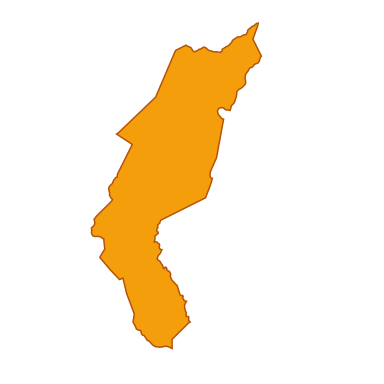 Jacobina, Bahia, Brazil, rotated 75°
{"feature_id": "56859067B82313605605441", "entity_name": "Jacobina", "entity_type": "district", "adm_level": 2, "iso_a3": "BRA", "parent_name": "Brazil", "parent_adm1": "Bahia", "projection": "albers", "projection_center": [-40.536, -11.082], "detail": "fine", "context": "isolated", "style": "filled", "palette": "amber", "viewbox_px": 384, "rotation_deg": 75, "n_neighbors": 0, "source": "geoboundaries", "source_scale": "gbopen_adm2", "svg_char_len": 4372}
<svg xmlns="http://www.w3.org/2000/svg" viewBox="0 0 384 384"><g transform="rotate(75 192 192)"><path d="M201.1,180.4L196.6,177.2L190.8,172.9L184.2,168.8L183.2,169.9L182.2,170.5L180.8,170.3L179.4,169.9L178.4,169.6L176.5,168.5L165.5,159.6L163.2,158.4L155.8,155.0L129.8,142.6L129.1,143.8L128.3,144.5L127.3,144.8L125.9,145.6L124.2,146.4L122.8,146.5L121.5,146.6L120.4,146.4L119.4,145.7L118.6,145.0L118.1,144.0L118.0,142.8L118.3,141.1L119.1,139.7L120.5,138.9L121.6,137.8L121.8,136.3L122.5,135.4L123.1,134.1L121.9,133.3L120.6,132.6L119.1,131.7L118.4,130.8L117.8,129.7L117.1,128.6L116.2,127.7L115.0,126.9L114.0,126.3L112.8,125.4L111.9,124.9L110.5,124.1L109.0,123.5L107.6,123.1L106.6,122.6L105.8,121.6L105.0,120.1L104.8,118.5L104.2,117.2L103.5,115.5L102.7,114.3L102.0,113.2L101.3,112.4L100.2,111.8L98.5,111.5L96.3,111.4L94.6,110.9L92.8,110.0L91.6,109.0L90.8,108.1L90.1,107.1L89.3,106.1L88.3,105.3L87.4,104.4L87.1,103.0L87.0,101.7L86.3,100.4L85.2,99.1L84.7,97.7L84.7,96.2L84.3,94.6L83.6,93.7L82.5,92.8L81.2,92.2L80.1,91.4L78.7,89.8L60.1,93.6L48.9,85.8L46.0,84.3L45.9,85.8L46.3,87.0L47.2,88.6L47.5,89.9L47.7,91.3L48.3,92.6L49.0,93.8L49.5,95.3L50.3,96.4L51.7,96.9L52.5,97.7L53.8,99.0L53.8,100.6L53.6,101.7L54.0,102.9L54.4,104.1L54.6,105.2L54.3,106.5L54.0,107.8L54.5,108.9L54.8,110.4L55.5,112.3L56.1,113.7L57.0,114.3L57.8,115.2L58.5,116.4L59.2,117.2L59.7,118.4L60.4,119.7L60.5,121.7L61.1,123.0L61.5,124.3L61.9,125.8L62.9,126.3L64.0,126.8L64.0,127.8L64.5,128.8L63.5,130.6L62.7,132.5L62.5,134.2L61.8,135.2L61.0,136.4L60.6,137.4L59.7,138.8L58.5,140.0L57.4,140.6L56.2,141.4L55.3,142.6L55.1,143.8L55.7,145.0L56.0,146.2L56.0,148.1L56.5,149.7L57.0,150.7L56.9,152.0L57.2,153.3L56.7,154.2L55.4,154.7L54.1,155.1L52.9,155.4L51.9,156.1L50.9,157.4L50.2,158.4L48.6,159.8L51.0,171.2L51.8,171.9L53.2,173.0L91.0,202.6L92.4,205.2L112.1,241.1L115.5,247.2L116.5,249.9L120.2,246.6L130.6,237.4L141.8,247.3L143.4,248.7L148.9,253.6L154.9,258.9L156.5,259.9L158.2,260.3L158.2,261.7L159.0,262.7L159.6,263.7L160.5,264.8L161.6,265.6L163.1,266.7L163.7,267.7L164.4,269.1L165.1,270.1L166.0,271.0L167.1,271.6L168.4,271.7L170.3,271.9L172.0,271.8L173.6,272.6L175.1,272.2L176.6,271.9L177.6,271.6L178.5,270.7L179.7,271.6L180.6,273.1L181.5,274.6L189.2,288.1L190.6,290.5L193.1,293.7L194.5,293.7L195.8,293.7L197.1,294.0L198.3,294.7L199.2,295.7L199.9,297.0L200.5,298.4L201.9,298.6L203.0,298.8L204.0,299.1L205.4,299.7L207.0,299.6L208.4,299.2L209.4,298.3L209.9,297.2L210.1,296.0L210.5,294.5L211.0,293.2L211.8,291.9L212.9,291.0L213.7,290.4L214.3,289.4L224.5,291.0L229.1,295.8L230.6,297.4L231.5,297.9L234.3,296.6L244.7,291.7L245.6,291.3L257.8,284.7L257.6,282.8L257.2,281.0L273.4,281.4L285.5,280.2L294.8,279.3L296.2,279.9L302.3,282.6L307.1,281.5L308.6,281.3L310.0,281.2L311.0,280.0L312.0,278.8L312.4,277.6L313.6,277.1L314.7,277.6L315.7,277.5L317.4,276.9L318.1,275.6L319.1,275.1L320.6,274.6L322.2,274.1L323.7,273.7L324.5,272.5L325.3,271.6L326.4,271.2L327.5,270.7L328.4,270.2L329.4,269.7L330.5,268.9L331.3,268.0L331.9,267.2L332.4,266.3L332.6,265.3L333.3,264.1L333.7,262.8L333.6,261.7L334.0,260.7L334.0,259.6L334.0,258.0L334.5,256.2L335.5,254.7L336.3,253.6L337.2,252.8L338.1,251.7L329.1,249.4L328.3,247.9L317.4,228.8L317.2,227.4L316.2,227.8L315.3,228.6L313.7,228.0L311.9,227.5L311.1,228.1L310.9,229.6L309.9,229.7L308.7,229.3L307.4,228.8L305.9,229.0L304.7,229.1L303.2,229.1L302.0,229.0L301.0,228.8L299.6,228.6L298.2,227.5L297.0,226.4L296.1,225.6L295.7,226.7L294.8,227.8L293.4,227.8L292.5,228.3L291.5,228.5L290.7,227.6L289.5,227.8L289.1,229.4L288.4,230.1L278.4,230.6L277.4,231.2L276.2,232.2L275.0,232.3L274.3,233.2L272.9,233.6L271.5,234.3L270.4,234.5L268.9,234.8L267.4,234.6L265.8,233.8L264.3,234.1L263.0,234.3L262.1,235.3L260.9,236.6L259.6,236.2L258.6,236.3L257.6,237.0L258.0,238.0L258.9,238.7L258.0,239.5L256.5,239.4L255.2,239.4L254.1,239.9L252.8,240.4L251.5,240.5L250.4,241.2L249.1,242.0L248.5,242.8L247.4,242.9L246.1,242.0L244.7,241.0L243.8,239.6L243.1,238.7L242.5,237.9L241.2,237.2L239.9,236.0L239.4,236.9L238.6,237.9L237.4,238.1L236.4,237.8L235.1,237.0L233.5,237.1L232.6,238.3L231.4,238.6L230.7,239.8L230.4,241.5L229.2,240.6L228.3,240.1L227.3,239.9L226.3,239.5L225.0,239.1L224.5,238.2L223.8,236.6L223.1,235.3L222.1,235.0L221.3,235.7L220.1,236.0L218.5,235.4L217.7,234.3L216.4,233.9L215.1,233.8L214.4,232.7L213.8,231.3L212.7,230.7L211.1,229.4L208.3,215.7L201.1,180.4Z" fill="#f59e0b" stroke="#b45309" stroke-width="1.5"/></g></svg>